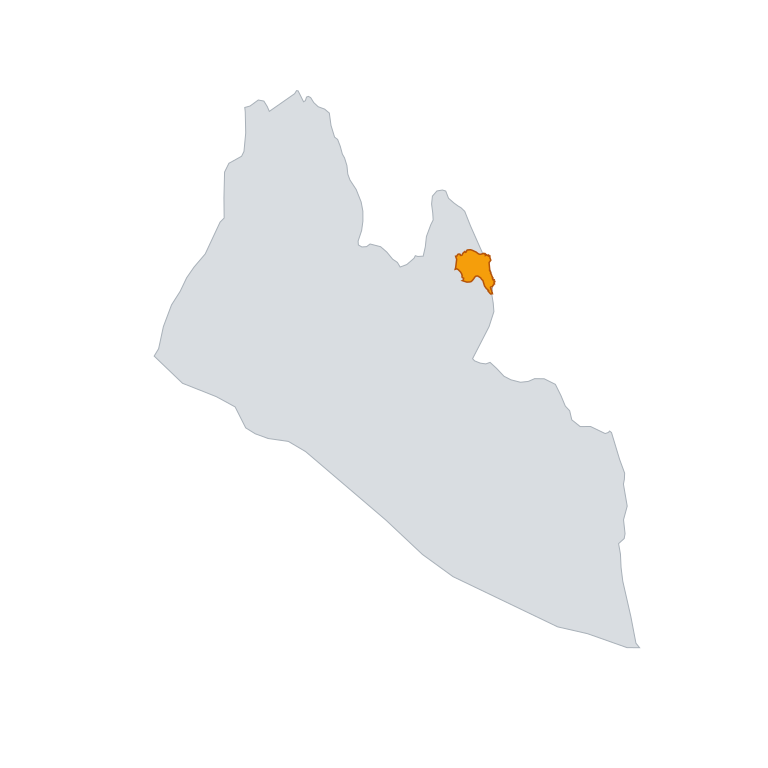 Twan River, Nimba, Liberia (highlighted), rotated 350°
{"feature_id": "62588387B61657259363442", "entity_name": "Twan River", "entity_type": "district", "adm_level": 2, "iso_a3": "LBR", "parent_name": "Liberia", "parent_adm1": "Nimba", "projection": "equal_earth", "projection_center": [-8.402, 7.088], "detail": "fine", "context": "in_parent", "style": "filled", "palette": "amber", "viewbox_px": 768, "rotation_deg": 350, "n_neighbors": 0, "source": "geoboundaries", "source_scale": "gbopen_adm2", "svg_char_len": 4020}
<svg xmlns="http://www.w3.org/2000/svg" viewBox="0 0 768 768"><g transform="rotate(350 384 384)"><path d="M162.5,316.6L168.2,310.1L176.7,289.2L188.5,269.2L199.4,257.3L208.1,245.1L217.3,235.8L230.5,224.9L250.7,196.1L255.4,192.8L258.7,172.9L263.8,147.6L269.6,139.7L283.3,135.0L286.5,130.6L291.4,112.8L294.6,92.0L294.9,87.5L300.3,87.0L309.5,82.5L314.8,84.5L317.2,90.5L318.4,95.6L346.4,82.6L348.8,79.9L350.3,80.4L353.8,92.1L355.8,91.3L357.5,88.0L359.4,87.6L361.5,89.2L363.7,94.7L367.3,99.5L373.3,103.0L377.2,107.7L376.7,120.2L378.2,132.3L380.8,135.1L382.2,142.4L382.9,150.3L384.4,154.5L385.4,162.5L384.8,171.1L385.9,177.2L390.4,187.7L393.1,200.8L393.2,210.2L391.5,220.0L388.6,229.0L383.3,238.8L382.9,242.6L386.0,245.2L390.7,245.7L394.6,243.7L404.5,248.2L409.7,254.6L414.2,262.6L418.3,266.6L420.2,271.6L427.2,270.3L435.4,265.4L437.1,263.1L439.5,264.3L444.8,264.9L448.5,256.1L451.4,246.1L457.8,235.2L460.9,231.0L461.7,224.1L462.1,215.1L464.3,207.4L469.6,203.1L475.2,203.1L478.3,204.7L479.8,212.3L484.4,218.0L488.2,221.9L490.3,223.6L493.5,228.0L496.6,243.2L508.7,292.2L508.1,305.8L505.7,314.6L505.6,323.3L504.8,331.8L497.4,345.8L475.6,374.5L477.3,377.0L482.5,380.2L487.8,381.9L492.2,381.1L497.6,388.2L503.5,397.2L509.7,401.9L518.7,406.0L526.6,406.5L533.3,404.9L542.7,406.7L552.7,414.1L556.3,426.4L558.7,437.2L562.2,442.6L562.7,451.9L569.8,460.0L580.0,461.7L593.2,471.2L596.5,470.7L598.0,469.5L599.6,471.3L602.9,499.0L605.5,513.6L604.2,519.5L602.4,524.2L602.3,546.5L596.3,559.3L595.4,573.3L593.7,577.9L587.3,581.9L587.3,592.7L585.6,605.8L584.9,619.6L586.7,655.9L587.1,683.0L589.9,688.1L577.5,685.8L541.0,665.2L512.8,653.3L418.5,585.7L392.3,558.6L362.1,518.2L295.1,437.0L279.8,423.9L260.5,417.6L248.6,410.7L240.2,403.2L233.4,380.7L216.6,367.3L185.7,348.3L162.5,316.6Z" fill="#d9dde1" stroke="#a8b0b8" stroke-width="1"/><path d="M506.3,313.7L506.5,312.8L506.2,312.5L506.2,312.1L506.1,311.9L506.2,311.0L506.1,310.2L505.8,309.5L506.1,308.9L505.7,308.3L505.6,307.3L506.3,306.9L507.1,306.9L507.6,306.9L508.1,306.4L508.3,305.8L509.0,305.6L509.6,304.7L510.2,304.6L510.0,303.8L509.9,303.6L510.1,302.8L510.9,302.6L511.0,302.1L510.3,301.5L510.2,300.9L510.6,300.4L510.0,300.0L509.4,300.2L509.1,299.1L509.5,298.6L509.7,298.3L509.2,297.7L509.3,297.2L509.0,296.6L508.9,295.8L508.8,294.9L508.7,294.8L508.4,293.8L508.2,293.4L508.3,293.3L508.5,292.9L508.4,292.2L508.1,291.7L508.0,291.1L508.1,290.9L507.9,290.5L507.7,290.4L507.7,290.0L508.0,289.4L508.4,284.3L508.6,282.6L510.7,280.6L510.5,279.5L510.4,279.0L510.2,278.3L510.3,278.1L510.3,277.2L510.5,276.3L510.1,276.2L509.7,275.6L509.6,275.9L509.5,276.3L509.0,276.2L508.9,275.9L508.7,275.2L507.8,275.1L507.5,274.5L506.2,275.0L506.3,274.5L506.5,273.8L506.3,273.2L506.1,273.2L505.5,272.9L505.4,273.3L505.0,273.0L504.5,272.8L504.5,272.7L502.1,273.0L501.0,273.0L499.6,272.2L498.2,270.7L497.6,270.0L495.5,268.6L495.0,268.2L494.1,267.6L493.8,267.5L492.8,266.9L492.6,266.8L490.8,266.6L489.2,266.5L488.6,267.1L487.9,268.2L487.7,268.3L487.0,268.5L486.8,268.2L486.6,267.6L486.3,267.8L486.2,267.8L485.9,268.0L485.0,268.4L484.8,268.7L484.4,269.1L484.1,269.3L483.4,270.5L482.8,270.7L482.3,270.8L481.6,270.6L481.6,269.6L480.5,269.0L479.5,269.1L479.3,269.1L478.3,270.1L478.0,270.6L476.7,270.6L477.0,272.6L477.1,273.0L477.2,273.9L475.5,279.5L474.9,281.5L474.0,283.4L475.7,283.2L477.1,284.4L477.2,284.6L477.4,284.9L478.7,286.8L478.9,287.2L479.1,287.8L479.3,288.2L479.6,288.9L479.7,290.3L479.9,290.5L479.5,291.7L479.5,292.7L480.4,293.4L480.8,293.6L480.6,294.4L480.0,295.4L479.4,295.7L479.1,295.8L480.9,296.8L483.2,298.0L483.6,298.1L485.4,298.3L486.0,298.4L487.5,298.3L489.0,297.4L489.9,296.6L490.7,295.9L491.7,294.8L492.0,294.5L493.0,293.8L494.5,293.8L495.3,294.1L495.8,294.6L497.6,296.2L497.8,296.7L498.4,298.1L498.5,298.2L499.3,299.1L499.5,300.4L499.6,301.6L499.8,302.8L499.8,303.4L499.9,303.6L500.0,304.9L500.3,305.5L501.0,307.0L501.3,307.7L501.5,307.9L503.2,310.0L502.6,310.4L503.1,311.3L504.1,313.0L504.7,313.9L505.3,313.9L506.4,313.9L506.3,313.7Z" fill="#f59e0b" stroke="#b45309" stroke-width="1.5"/></g></svg>